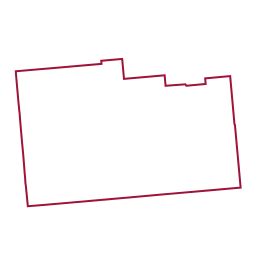 Washington, Utah, United States of America (Robinson projection), rotated 355°
{"feature_id": "52423323B49385096596015", "entity_name": "Washington", "entity_type": "district", "adm_level": 2, "iso_a3": "USA", "parent_name": "United States of America", "parent_adm1": "Utah", "projection": "robinson", "projection_center": [-113.676, 37.309], "detail": "fine", "context": "isolated", "style": "outline", "palette": "rose", "viewbox_px": 256, "rotation_deg": 355, "n_neighbors": 0, "source": "geoboundaries", "source_scale": "gbopen_adm2", "svg_char_len": 629}
<svg xmlns="http://www.w3.org/2000/svg" viewBox="0 0 256 256"><g transform="rotate(355 128 128)"><path d="M235.0,197.2L234.8,134.2L234.4,133.4L234.3,85.2L209.2,85.3L209.2,90.9L189.8,91.0L189.0,89.5L169.1,89.2L169.1,78.7L131.8,78.7L128.3,78.7L128.2,58.7L107.2,58.7L107.2,61.8L21.2,61.7L21.1,64.4L21.1,81.2L21.1,81.4L21.1,84.7L21.1,87.0L21.1,91.4L21.2,100.6L21.3,103.6L21.2,114.2L21.2,114.3L21.2,131.5L21.2,133.5L21.3,144.9L21.2,158.6L21.1,164.3L21.2,167.2L21.0,174.0L21.2,176.9L21.2,177.5L21.4,197.2L37.1,197.3L112.8,197.3L124.5,197.3L154.6,197.2L222.5,197.2L235.0,197.2Z" fill="none" stroke="#9f1239" stroke-width="2"/></g></svg>